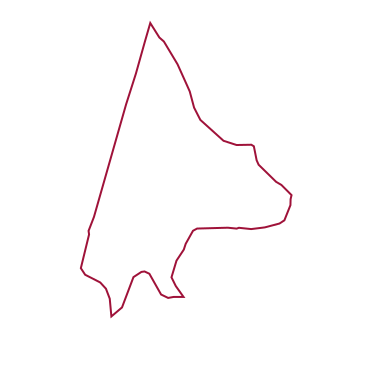 Ciudad Vieja, Sacatepéquez, Guatemala, rotated 200°
{"feature_id": "79465075B53030566243177", "entity_name": "Ciudad Vieja", "entity_type": "district", "adm_level": 2, "iso_a3": "GTM", "parent_name": "Guatemala", "parent_adm1": "Sacatepéquez", "projection": "natural_earth1", "projection_center": [-90.781, 14.507], "detail": "fine", "context": "isolated", "style": "outline", "palette": "rose", "viewbox_px": 384, "rotation_deg": 200, "n_neighbors": 0, "source": "geoboundaries", "source_scale": "gbopen_adm2", "svg_char_len": 819}
<svg xmlns="http://www.w3.org/2000/svg" viewBox="0 0 384 384"><g transform="rotate(200 192 192)"><path d="M289.0,336.5L287.7,317.1L285.2,284.0L283.9,251.7L275.6,135.0L275.9,120.1L274.2,116.9L270.4,82.4L264.1,77.7L247.3,75.6L239.8,71.7L232.8,63.6L225.2,47.5L218.3,59.6L217.9,92.0L212.2,99.6L209.4,101.1L204.1,100.6L186.0,85.1L178.2,84.3L173.4,87.1L164.1,90.5L175.1,98.1L182.1,104.8L183.1,122.2L180.0,135.1L180.2,141.2L177.8,155.9L174.7,159.4L146.1,170.7L137.5,172.9L135.7,174.4L123.7,177.4L113.7,182.5L111.4,183.7L99.0,192.3L95.5,197.0L95.0,213.3L96.9,219.0L97.4,223.1L110.4,229.2L116.4,230.3L138.7,240.4L142.1,243.9L149.5,256.1L152.4,256.7L166.2,251.4L179.9,250.9L208.8,262.6L218.9,272.0L228.5,285.7L233.9,291.3L249.3,307.1L269.9,323.8L275.5,326.0L289.0,336.5Z" fill="none" stroke="#9f1239" stroke-width="2"/></g></svg>